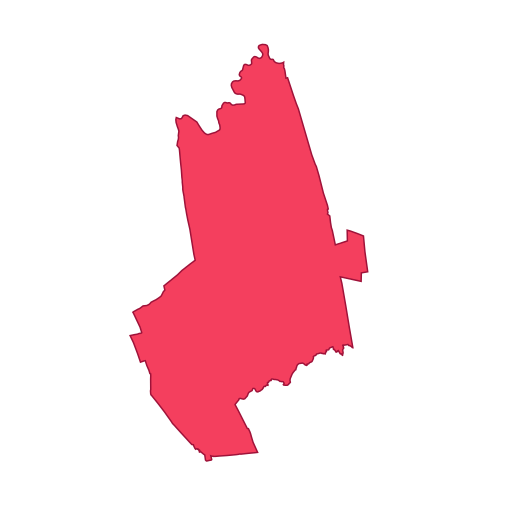 Gura Sutii, Dâmbovita, Romania (Natural Earth projection), rotated 279°
{"feature_id": "2599482B56661116517086", "entity_name": "Gura Sutii", "entity_type": "district", "adm_level": 2, "iso_a3": "ROU", "parent_name": "Romania", "parent_adm1": "Dâmbovita", "projection": "natural_earth1", "projection_center": [25.479, 44.756], "detail": "fine", "context": "isolated", "style": "filled", "palette": "rose", "viewbox_px": 512, "rotation_deg": 279, "n_neighbors": 0, "source": "geoboundaries", "source_scale": "gbopen_adm2", "svg_char_len": 6061}
<svg xmlns="http://www.w3.org/2000/svg" viewBox="0 0 512 512"><g transform="rotate(279 256 256)"><path d="M180.6,366.0L200.5,359.2L220.4,352.6L242.4,345.1L248.6,342.5L247.4,363.8L255.8,362.7L257.9,368.8L277.3,362.9L292.6,359.0L293.8,353.7L295.4,345.5L295.8,342.0L285.2,343.9L279.4,332.6L293.1,327.4L295.8,326.0L300.6,324.4L307.1,322.6L308.6,320.0L310.1,320.3L311.7,319.6L313.2,319.3L313.7,320.0L317.3,318.6L328.7,312.7L345.1,305.7L353.8,301.6L355.9,300.1L364.7,295.2L408.0,274.8L412.7,272.0L420.3,267.9L437.0,259.3L436.3,257.8L443.3,255.6L445.3,254.8L446.3,254.0L447.0,253.8L448.1,253.8L449.5,253.2L451.7,253.0L451.1,252.3L450.4,250.8L449.9,249.2L449.8,247.9L450.0,245.6L450.5,244.5L451.0,243.6L452.7,242.3L452.9,241.8L452.6,240.6L452.7,239.4L453.5,238.5L456.1,236.8L457.4,236.3L460.1,236.2L461.6,236.0L463.6,235.3L465.6,234.1L466.2,232.4L466.0,229.2L465.2,227.5L464.4,226.2L463.5,225.7L462.0,225.8L460.8,226.8L458.6,229.5L457.9,230.2L457.0,230.9L455.9,231.2L454.8,231.1L452.9,230.4L451.8,228.9L451.7,228.3L451.9,227.0L452.5,225.7L452.8,224.6L452.7,223.2L452.1,222.5L449.9,221.1L448.8,220.8L447.7,221.1L445.7,221.6L444.9,221.5L443.8,220.5L443.2,219.3L443.1,218.4L443.6,216.6L443.6,215.3L443.2,214.5L442.1,214.0L437.9,213.6L437.1,213.3L436.6,212.7L435.8,211.9L434.4,211.3L433.5,211.2L432.6,211.1L431.7,211.5L431.1,212.1L430.7,213.1L430.1,213.7L429.8,213.8L429.4,213.9L428.4,213.5L427.0,212.6L426.1,210.9L425.9,208.6L425.3,206.7L424.3,205.6L422.3,204.8L420.6,204.9L418.6,205.8L414.4,208.9L413.5,209.9L413.1,211.2L413.0,212.6L413.4,214.6L413.4,215.4L413.2,216.4L412.7,218.3L412.2,219.2L411.4,219.9L409.5,220.5L407.0,221.1L406.2,221.4L405.4,221.4L404.5,220.7L404.2,219.8L402.7,212.6L401.8,211.2L401.3,209.4L401.8,207.9L402.6,207.1L403.1,206.3L403.2,205.5L403.0,204.7L402.7,204.2L402.7,203.1L402.9,202.0L402.7,200.9L401.9,200.0L399.3,198.9L397.0,198.9L396.2,198.2L395.3,196.3L394.2,195.3L392.5,194.8L388.1,195.5L385.9,196.5L383.6,197.9L381.7,198.5L379.7,199.7L377.0,200.5L375.9,200.6L374.8,200.3L371.8,196.7L370.2,193.2L369.3,191.6L368.4,189.7L368.4,188.2L369.4,185.9L371.8,183.0L376.1,179.1L379.1,176.6L384.0,166.5L384.1,163.9L383.2,162.1L380.9,161.3L379.9,160.6L379.5,159.1L380.3,155.6L378.1,155.5L375.4,156.2L371.3,158.2L369.4,159.3L367.2,160.3L362.8,160.4L361.1,160.9L359.9,161.0L358.8,161.0L356.9,160.7L352.8,160.7L350.6,163.2L348.8,163.8L336.5,166.9L329.5,168.8L322.1,170.5L318.9,171.4L317.4,171.6L312.6,172.9L310.2,173.3L308.3,173.9L303.6,175.6L302.4,175.9L292.9,178.7L291.5,179.3L286.7,180.9L280.9,183.0L272.1,186.5L247.9,194.4L242.3,196.6L238.2,192.6L230.1,185.1L225.2,181.5L212.1,169.7L208.1,171.3L207.1,170.7L206.6,170.2L202.1,168.8L201.1,168.2L199.2,166.3L197.0,163.9L196.2,162.7L193.9,159.6L192.5,158.8L191.5,158.0L190.0,155.9L189.1,152.5L188.9,152.1L186.5,149.9L185.6,148.8L185.1,147.9L183.6,146.0L181.7,143.6L181.2,143.2L180.5,143.8L167.6,152.6L162.5,155.1L162.1,155.0L161.4,153.7L161.3,152.9L160.2,151.0L159.4,148.5L157.7,144.1L151.3,148.5L141.1,154.3L133.1,158.5L135.0,162.1L135.3,163.0L130.6,165.4L126.4,168.1L123.3,169.6L123.1,170.4L121.1,170.8L117.9,171.2L107.8,172.9L106.2,172.9L103.2,173.6L102.2,174.2L102.1,174.5L95.3,182.0L87.7,190.0L79.0,198.5L77.9,199.4L77.0,200.4L76.3,201.4L69.5,209.8L59.8,222.0L59.8,222.3L59.8,223.7L59.2,223.9L56.4,225.8L55.7,226.6L56.3,227.2L56.1,227.7L56.2,228.2L56.4,228.4L56.3,228.6L56.0,228.7L56.2,229.3L55.8,229.7L55.4,229.7L55.1,230.0L55.4,230.5L55.2,230.9L54.8,230.9L53.9,230.6L53.5,230.8L53.5,231.1L53.8,231.7L53.9,232.2L52.1,235.2L51.5,236.5L49.3,237.2L46.6,238.0L45.9,238.9L45.8,239.4L46.9,242.1L47.3,243.4L47.6,243.9L48.1,244.1L51.6,242.6L51.3,244.1L51.6,244.8L51.4,245.4L51.8,247.5L52.7,251.0L54.4,258.5L56.7,267.5L57.3,269.5L58.0,271.2L57.9,271.9L60.1,280.0L61.6,285.9L62.3,288.3L71.6,282.2L76.4,279.9L79.7,278.4L81.5,277.4L84.3,275.5L84.2,274.6L84.4,274.3L100.6,262.6L105.9,258.6L106.2,258.6L111.4,261.6L111.8,261.4L112.6,261.9L112.9,262.8L112.7,264.9L112.7,266.2L113.3,267.3L116.4,269.3L119.3,269.9L120.5,270.6L122.5,273.2L123.9,273.4L124.7,273.7L124.9,274.9L124.4,275.9L123.7,276.4L123.1,276.7L122.3,277.5L122.0,278.2L122.1,279.2L122.8,280.0L123.0,280.7L123.6,281.4L124.4,282.1L125.2,283.0L125.8,283.3L126.4,283.3L126.7,283.8L128.3,284.2L128.7,285.1L128.6,285.6L128.7,285.8L129.4,286.0L129.9,286.4L130.2,286.8L130.1,288.0L130.4,288.1L130.7,288.0L131.3,287.5L132.6,287.1L133.0,287.3L133.1,288.1L134.7,288.6L135.2,289.6L135.3,290.2L135.7,290.5L136.1,290.3L136.5,290.4L136.9,290.8L137.1,291.9L136.9,292.7L136.9,293.6L137.1,294.7L137.0,296.0L137.1,296.7L136.7,297.6L136.5,298.4L135.9,299.2L136.0,300.0L135.9,300.8L136.1,301.9L136.1,302.5L134.8,303.6L134.5,303.7L133.3,303.1L132.9,303.4L132.9,305.2L133.2,307.0L133.6,307.6L134.5,308.4L135.1,308.5L136.2,309.5L136.7,309.7L138.5,309.0L140.3,309.0L144.9,310.1L146.4,310.7L149.4,312.4L149.9,313.1L151.5,313.2L152.4,313.4L153.6,313.5L154.9,313.9L156.4,315.1L157.5,318.5L157.4,319.2L157.2,319.9L156.8,320.5L156.2,321.4L155.8,322.9L156.1,323.4L156.3,323.5L156.7,323.3L157.2,323.3L157.3,323.4L157.4,324.2L157.8,324.9L159.1,325.6L159.4,326.3L159.9,326.9L160.1,327.4L160.8,327.9L163.3,328.6L164.4,328.7L165.7,328.4L166.0,328.7L166.8,329.6L167.0,330.3L167.6,330.8L168.6,331.1L169.5,333.1L170.1,334.3L170.2,334.7L170.3,335.6L170.0,336.7L170.3,337.3L170.0,338.1L170.2,339.0L170.1,339.7L170.6,339.8L171.7,339.7L172.5,340.5L173.2,340.2L173.3,340.4L174.0,340.2L174.2,340.6L174.7,342.4L175.4,342.7L176.2,342.9L176.6,343.1L178.3,345.7L178.4,346.1L177.0,346.8L176.1,347.0L175.8,347.5L175.7,347.8L175.9,348.0L174.5,349.4L173.9,349.7L173.6,350.2L173.8,350.6L174.3,350.7L174.3,351.3L174.7,351.6L175.3,351.7L175.5,352.1L172.8,354.3L172.5,354.7L172.5,355.1L172.7,355.6L172.0,356.3L171.6,356.6L171.4,356.9L171.4,357.0L171.7,357.1L172.7,357.0L173.9,357.2L177.1,356.2L177.6,356.4L178.0,356.8L178.6,357.0L179.2,356.9L179.5,356.5L179.7,356.3L180.1,356.4L180.6,356.4L180.8,356.2L181.3,355.7L181.7,355.9L181.7,357.0L182.0,357.7L182.2,358.5L182.9,360.3L183.0,360.6L182.1,361.7L182.1,362.8L181.5,364.3L180.6,365.5L180.6,366.0Z" fill="#f43f5e" stroke="#9f1239" stroke-width="1.5"/></g></svg>